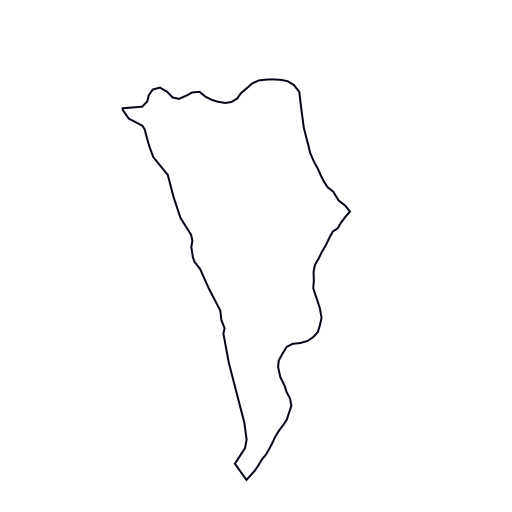 III-1 Essequibo Islands, Essequibo Islands-West Demerara, Guyana, rotated 153°
{"feature_id": "73187651B403858167670", "entity_name": "III-1 Essequibo Islands", "entity_type": "district", "adm_level": 2, "iso_a3": "GUY", "parent_name": "Guyana", "parent_adm1": "Essequibo Islands-West Demerara", "projection": "robinson", "projection_center": [-58.686, 6.757], "detail": "fine", "context": "isolated", "style": "outline", "palette": "ink", "viewbox_px": 512, "rotation_deg": 153, "n_neighbors": 0, "source": "geoboundaries", "source_scale": "gbopen_adm2", "svg_char_len": 1496}
<svg xmlns="http://www.w3.org/2000/svg" viewBox="0 0 512 512"><g transform="rotate(153 256 256)"><path d="M153.6,260.2L157.2,268.0L158.0,278.3L160.9,284.5L161.7,291.3L161.7,298.2L161.3,305.1L161.5,314.2L161.0,322.8L158.8,332.3L157.2,339.7L155.1,348.8L151.8,358.1L148.7,367.0L146.0,374.3L142.9,382.6L144.6,391.2L148.5,397.4L153.6,401.5L160.6,405.6L166.2,408.3L173.6,411.1L180.9,411.5L189.3,409.4L195.6,407.9L201.4,404.8L208.0,404.4L213.7,406.2L219.9,410.7L224.8,415.5L228.8,421.1L231.8,427.9L238.6,430.7L244.9,430.5L253.3,431.0L258.3,435.1L260.7,442.9L265.2,449.7L272.5,451.2L278.6,447.9L282.7,443.1L289.6,440.7L307.8,448.2L308.4,446.5L307.0,436.2L298.0,423.5L297.7,419.6L301.2,402.9L302.6,390.6L297.8,368.3L302.8,345.4L306.0,324.1L304.2,304.4L305.7,298.6L309.6,293.3L312.9,283.2L313.4,278.6L311.7,269.6L312.8,248.6L312.6,223.6L316.0,214.5L316.7,206.0L320.3,201.6L328.7,173.2L342.1,112.7L347.7,96.7L353.0,89.8L369.1,80.5L366.1,60.8L354.3,65.4L348.4,68.7L342.9,72.2L337.5,74.4L331.5,78.3L326.0,82.2L321.0,86.2L314.5,90.1L308.2,93.2L302.9,96.2L292.5,106.5L290.4,113.4L290.5,120.7L289.4,127.7L289.3,137.2L286.7,147.1L283.2,152.5L276.5,157.1L269.9,161.1L263.1,161.1L256.0,158.3L248.6,156.9L241.8,157.8L235.4,160.2L230.3,165.5L225.7,171.1L222.9,180.2L221.7,187.5L220.7,194.5L219.6,201.4L215.9,207.3L211.8,215.9L207.4,221.4L201.6,225.1L195.5,229.7L189.0,233.8L182.5,238.8L176.4,243.0L170.6,243.6L165.2,247.1L158.8,250.2L152.1,252.9L153.6,260.2Z" fill="none" stroke="#020617" stroke-width="2"/></g></svg>